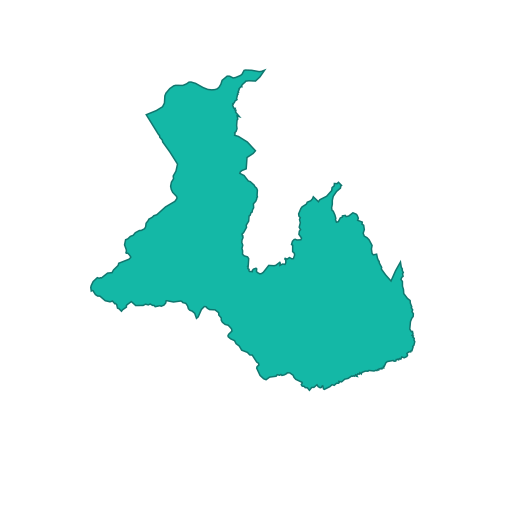 the district of Gualaceo, Azuay, Ecuador, rotated 224°
{"feature_id": "8360857B64865140859495", "entity_name": "Gualaceo", "entity_type": "district", "adm_level": 2, "iso_a3": "ECU", "parent_name": "Ecuador", "parent_adm1": "Azuay", "projection": "albers", "projection_center": [-78.768, -2.918], "detail": "fine", "context": "isolated", "style": "filled", "palette": "teal", "viewbox_px": 512, "rotation_deg": 224, "n_neighbors": 0, "source": "geoboundaries", "source_scale": "gbopen_adm2", "svg_char_len": 6117}
<svg xmlns="http://www.w3.org/2000/svg" viewBox="0 0 512 512"><g transform="rotate(224 256 256)"><path d="M378.9,395.6L380.3,392.6L381.8,390.8L388.1,386.6L392.8,382.4L393.5,381.2L392.3,377.0L392.6,375.0L394.7,370.2L396.1,368.2L399.9,367.0L401.7,365.3L402.4,358.8L400.6,355.2L399.8,351.7L400.0,349.3L401.1,347.2L403.2,344.8L406.4,342.3L411.1,340.4L419.4,338.2L423.6,336.0L425.0,334.5L425.5,331.7L427.1,327.9L432.4,322.9L433.4,321.2L434.3,316.6L433.9,310.6L432.8,307.9L428.1,302.4L426.9,298.4L428.7,291.4L433.1,281.4L410.2,275.6L409.3,275.8L407.7,274.6L403.9,274.3L402.3,273.2L390.2,271.0L376.3,267.6L372.5,261.4L371.1,256.0L369.0,254.3L368.1,250.3L365.9,246.9L363.3,245.1L360.1,243.9L354.7,243.7L353.5,243.2L352.8,242.3L352.3,238.9L355.2,228.5L356.0,216.8L357.5,214.0L357.5,211.9L358.7,207.9L358.2,206.9L357.8,203.2L355.7,200.4L355.1,198.2L356.3,194.7L357.6,193.3L359.0,188.9L358.7,185.6L360.0,182.8L360.1,179.3L361.1,177.1L358.3,172.7L354.0,170.6L352.7,169.6L351.8,168.0L351.2,167.9L350.3,168.9L348.3,168.9L345.6,168.4L345.1,167.9L345.1,165.5L349.7,155.4L348.6,153.4L348.8,147.0L348.0,144.0L350.9,140.6L351.9,132.9L352.8,132.3L353.3,131.0L355.1,130.2L355.4,124.5L354.0,120.3L353.0,118.6L350.2,116.4L350.0,117.3L349.1,117.8L344.7,116.7L342.1,117.2L340.4,118.7L333.4,119.1L329.2,121.6L327.9,123.9L324.5,123.6L324.4,124.1L322.5,124.3L319.4,122.3L318.0,122.9L314.4,122.8L314.6,124.6L313.7,129.2L314.8,130.3L314.9,131.4L314.0,136.6L308.1,136.8L302.8,142.1L302.0,144.6L299.5,146.0L298.8,148.0L296.1,148.6L294.9,149.7L293.3,149.5L290.6,153.5L289.3,154.0L288.1,156.7L288.3,159.5L289.5,161.3L289.1,161.9L283.4,165.6L279.0,171.2L277.8,171.8L276.4,171.6L273.6,173.2L270.6,172.6L268.0,171.1L266.0,171.0L263.6,172.0L260.3,172.2L255.5,169.8L255.3,172.0L258.1,179.6L258.1,183.7L256.7,184.8L254.8,184.6L252.2,185.2L248.1,188.8L243.5,189.3L241.8,187.7L238.0,187.3L236.4,185.7L234.1,185.0L230.7,185.3L227.9,186.9L223.0,186.6L221.2,185.3L221.3,180.7L220.8,179.2L219.9,178.6L216.7,178.8L212.6,180.2L209.4,179.1L205.5,179.6L200.9,178.3L195.2,180.7L191.8,180.5L189.9,182.1L181.8,180.2L179.7,180.6L178.2,179.6L178.4,177.2L177.6,175.8L170.1,172.9L165.2,173.0L162.8,174.0L162.1,178.3L158.0,183.5L158.3,185.4L156.2,186.6L155.8,188.1L154.4,188.1L153.1,190.1L152.2,192.8L152.4,193.7L150.5,195.4L146.5,196.0L144.4,195.1L141.7,194.9L135.1,197.1L134.4,196.5L134.1,194.9L132.4,194.5L130.7,195.7L129.1,195.5L127.6,196.9L124.3,196.5L124.6,200.2L123.1,201.7L122.7,205.7L120.5,205.2L118.3,205.8L117.7,206.8L118.1,208.1L117.8,208.9L115.1,207.3L114.2,207.5L112.1,213.3L111.9,216.3L109.9,217.3L109.7,220.3L108.2,221.9L108.3,222.9L109.2,223.4L107.0,224.9L106.6,229.1L104.7,231.9L103.8,236.1L102.8,236.7L102.6,237.6L101.6,238.0L101.8,239.6L100.5,239.2L99.6,239.7L101.1,240.2L100.6,241.2L100.9,242.0L99.7,242.6L100.2,244.2L98.3,244.2L98.9,245.8L97.4,249.1L95.4,251.0L95.3,252.1L91.2,255.3L90.4,257.0L89.4,257.6L89.6,258.7L88.5,259.2L89.1,260.5L88.2,261.0L88.0,262.2L87.0,262.2L87.2,263.2L86.3,264.3L87.6,265.2L87.1,265.9L88.4,269.4L88.2,271.3L84.7,276.2L83.6,276.2L82.5,277.5L83.2,279.0L82.5,279.4L82.3,280.5L81.2,280.5L81.5,281.9L80.2,282.4L81.0,284.6L78.7,285.7L77.7,288.4L78.1,290.0L79.8,290.7L79.4,293.3L78.1,294.5L78.6,295.5L78.0,296.1L79.7,299.5L80.4,299.8L80.4,301.4L82.3,304.7L83.9,305.2L85.0,306.7L86.9,306.6L87.3,307.8L88.6,307.3L88.8,308.9L91.0,310.4L91.5,309.5L94.6,310.2L99.3,316.1L100.7,319.5L100.9,321.6L102.7,323.8L105.1,324.3L105.9,326.1L108.3,326.6L108.6,327.6L112.2,329.3L114.2,331.0L117.7,330.7L123.6,331.6L126.6,334.3L129.6,336.0L133.0,339.4L135.4,339.8L136.3,341.8L136.1,343.6L138.3,345.0L138.5,346.4L141.0,347.3L141.7,348.3L143.8,348.9L147.9,352.0L145.4,342.4L141.5,331.8L149.4,332.4L156.8,333.7L157.7,335.1L162.3,336.6L163.9,337.8L164.5,337.6L167.3,338.9L170.5,341.1L172.4,338.3L174.4,338.5L177.9,341.3L179.8,344.2L185.9,346.2L188.9,346.3L191.9,345.5L194.7,346.8L196.4,350.2L199.9,352.9L201.9,352.6L203.1,354.2L207.7,352.3L208.7,354.3L211.6,355.6L213.0,355.7L216.3,354.4L217.1,349.0L218.6,346.9L220.0,347.2L221.7,344.9L220.9,344.0L221.8,341.9L220.6,337.9L221.6,336.2L224.1,337.3L224.7,338.5L227.7,340.3L231.6,341.9L233.1,341.7L235.1,343.2L237.1,346.3L239.8,349.1L241.9,352.6L242.9,358.4L242.4,363.5L243.6,365.2L243.5,366.2L247.9,366.3L247.9,364.4L250.0,362.6L248.5,360.8L248.8,358.1L247.0,355.6L246.7,348.0L249.2,340.8L248.8,338.4L255.9,338.4L255.1,336.4L255.0,333.8L256.5,330.3L255.8,328.3L257.0,323.3L256.7,321.3L254.6,315.9L252.8,314.5L250.7,314.3L250.1,312.5L247.2,310.7L244.9,306.7L242.2,305.9L242.1,304.0L240.2,301.4L235.7,300.5L235.0,298.8L237.7,295.9L239.4,295.3L240.0,294.3L240.0,291.9L238.4,288.9L237.1,289.2L232.7,284.6L230.3,284.6L228.8,283.4L227.3,280.1L228.2,278.9L230.9,278.1L231.4,275.4L233.4,274.6L233.2,273.9L231.6,273.6L229.9,271.9L229.3,270.1L231.2,268.8L232.3,265.9L233.6,267.7L234.5,268.0L235.3,263.0L236.3,261.5L240.3,258.1L239.4,249.3L239.9,247.1L240.9,245.8L243.4,245.1L245.0,245.2L246.5,247.2L247.5,247.2L248.7,244.8L248.6,243.1L247.8,242.2L249.8,240.4L250.9,240.5L251.7,241.6L253.1,241.3L254.2,242.9L254.9,242.8L255.0,243.8L259.4,249.0L261.5,249.5L264.6,247.9L266.9,247.9L269.2,250.4L271.4,251.7L273.0,254.6L275.6,255.8L277.2,257.8L278.1,260.2L279.2,260.6L279.2,261.3L280.7,261.5L281.4,262.6L281.1,263.9L282.7,270.0L284.4,271.3L285.5,276.0L288.8,280.0L288.5,281.2L289.7,283.7L289.3,284.9L290.5,286.6L291.2,289.1L294.1,291.7L294.2,295.1L295.2,297.7L296.0,298.4L296.0,299.5L297.3,300.3L300.7,304.3L302.7,305.2L305.0,305.1L306.5,305.7L311.8,305.5L313.7,304.6L320.5,305.6L325.1,304.2L325.7,305.6L325.5,307.7L323.6,311.9L330.9,320.6L329.3,327.9L329.5,331.3L341.4,332.0L351.7,329.8L355.2,328.0L356.0,329.4L356.9,329.7L356.9,331.8L358.1,334.4L360.6,336.4L364.0,340.5L364.2,341.8L366.8,343.6L364.7,344.7L370.6,345.3L371.7,346.9L372.9,346.4L373.5,347.8L374.8,346.9L377.6,348.2L377.8,349.3L378.4,349.4L378.1,351.2L378.8,352.9L378.3,355.3L379.2,355.6L381.4,359.2L381.3,359.8L382.1,360.1L382.3,361.8L383.1,361.9L383.7,364.0L384.3,364.2L384.5,367.1L383.7,367.9L384.8,368.6L384.9,371.3L384.6,373.2L384.9,374.5L382.9,377.1L377.9,381.5L377.6,387.5L378.9,395.6Z" fill="#14b8a6" stroke="#0f766e" stroke-width="1.5"/></g></svg>